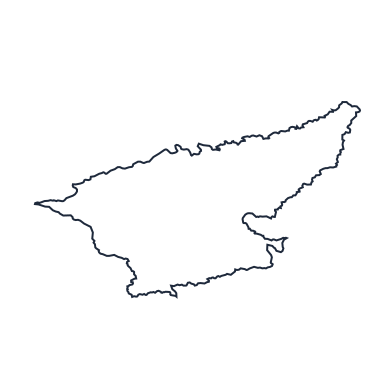 the district of La Mar, Ayacucho, Peru, rotated 279°
{"feature_id": "86281439B39408402026891", "entity_name": "La Mar", "entity_type": "district", "adm_level": 2, "iso_a3": "PER", "parent_name": "Peru", "parent_adm1": "Ayacucho", "projection": "equal_earth", "projection_center": [-73.706, -13.004], "detail": "fine", "context": "isolated", "style": "outline", "palette": "slate", "viewbox_px": 384, "rotation_deg": 279, "n_neighbors": 0, "source": "geoboundaries", "source_scale": "gbopen_adm2", "svg_char_len": 6043}
<svg xmlns="http://www.w3.org/2000/svg" viewBox="0 0 384 384"><g transform="rotate(279 192 192)"><path d="M304.4,326.5L302.9,326.0L300.6,323.8L298.6,324.0L297.3,323.1L295.2,321.1L294.8,319.2L295.0,317.8L293.9,318.8L293.3,318.8L292.8,315.3L289.9,313.9L288.0,311.1L287.1,311.7L286.4,311.5L285.7,305.8L283.8,305.7L282.6,304.8L282.1,304.0L282.7,303.0L282.3,301.8L281.7,300.9L280.3,300.2L280.7,297.9L280.5,296.4L279.7,295.5L278.1,294.9L276.2,290.9L275.1,290.7L273.4,291.9L272.8,289.7L271.6,288.7L271.6,287.4L273.4,285.4L272.0,285.1L271.4,285.7L270.6,285.1L270.6,284.2L271.7,284.0L272.0,283.3L272.1,281.2L271.6,279.7L270.4,278.3L267.7,278.1L267.6,276.8L266.4,274.6L266.2,270.5L265.0,268.9L264.0,268.9L263.4,268.1L263.9,265.7L263.5,263.9L262.9,262.9L259.1,258.9L258.2,258.8L257.3,259.8L256.9,259.5L256.5,256.5L255.6,254.2L258.0,252.5L258.6,249.7L256.9,247.1L257.4,243.6L256.9,242.1L255.4,240.4L255.7,238.1L254.5,234.8L253.6,233.3L252.9,233.1L251.9,235.7L250.8,236.2L249.9,232.6L246.0,230.2L246.0,229.6L246.9,229.1L247.5,227.8L247.6,225.5L248.7,224.8L248.1,223.6L246.5,223.2L245.9,221.1L245.8,219.7L247.2,218.0L247.4,216.9L247.0,216.4L246.0,216.9L244.3,216.8L243.3,214.5L243.5,212.7L242.7,212.2L240.4,209.0L239.6,209.5L239.2,212.3L238.3,212.8L237.5,212.6L237.7,208.8L236.9,206.1L237.5,204.9L239.1,204.3L240.3,202.0L240.0,195.9L240.8,191.2L238.1,190.5L235.2,194.2L234.0,194.5L233.0,193.4L231.0,193.2L230.3,192.4L229.9,190.7L230.0,188.0L227.9,186.1L228.3,185.3L230.8,184.0L233.2,181.8L233.5,180.1L232.6,177.3L232.7,175.2L233.0,174.5L234.9,173.6L236.1,170.9L236.1,169.3L235.2,168.3L234.1,168.6L232.4,169.3L230.3,171.2L229.0,170.4L228.0,168.8L227.1,166.4L227.1,164.7L229.7,160.9L230.0,159.6L229.4,158.3L224.8,153.5L220.5,148.4L215.4,145.1L214.8,142.9L213.1,140.0L213.2,138.7L213.9,136.2L213.5,133.9L210.2,129.6L208.3,129.4L207.4,128.7L206.6,125.9L204.6,122.1L204.5,119.6L205.3,116.8L204.9,114.7L202.5,112.2L200.3,108.2L196.7,104.8L196.5,103.8L197.4,102.4L197.6,101.3L196.6,100.0L195.5,97.5L192.3,93.2L191.2,89.7L188.6,89.7L187.6,88.1L187.4,84.6L186.7,83.8L185.0,83.5L184.1,82.6L182.8,80.2L181.3,76.0L181.0,73.2L179.6,73.2L178.3,74.0L177.7,76.5L176.5,78.0L174.6,78.3L173.4,77.9L171.4,76.8L169.7,74.9L166.3,68.9L163.9,67.4L162.9,66.3L162.6,65.2L162.7,60.9L161.8,59.5L162.2,56.8L161.7,56.1L161.8,53.5L160.8,51.3L160.0,47.8L157.5,43.4L157.5,40.9L156.5,38.9L155.5,38.8L155.7,42.3L154.6,49.2L155.0,53.2L152.2,57.4L151.4,60.4L151.2,63.4L150.0,64.9L148.6,68.5L150.0,75.9L148.5,78.0L147.1,78.4L146.3,79.6L146.1,81.5L146.7,83.8L146.2,86.2L143.9,90.4L141.7,97.3L136.5,100.4L130.3,100.8L128.4,103.3L126.6,102.7L125.2,104.3L122.1,105.2L121.3,106.3L120.0,109.2L119.2,109.0L117.8,109.7L116.8,111.2L116.6,113.7L115.6,117.7L115.9,120.0L117.7,125.0L116.3,129.3L116.0,132.8L115.1,135.4L115.9,136.9L115.7,138.8L113.9,140.3L112.7,138.8L111.2,138.8L110.7,139.7L109.4,140.0L108.8,140.7L107.2,143.2L104.5,145.0L104.5,146.5L104.0,147.3L101.6,147.7L100.3,149.5L97.8,150.4L97.4,148.8L95.1,145.7L93.6,146.0L93.6,147.6L92.4,148.0L91.4,147.6L90.2,144.7L89.4,144.3L88.7,142.9L87.7,143.4L86.7,143.1L85.9,143.8L85.3,143.3L84.0,143.8L83.1,144.9L81.9,145.4L81.1,148.4L79.0,149.3L80.0,151.1L79.9,153.2L80.3,154.3L82.2,155.1L83.0,156.4L82.8,159.2L83.8,160.7L83.1,162.2L83.3,163.2L85.1,164.3L86.5,166.9L86.5,168.2L87.2,169.6L86.7,171.3L88.7,173.1L89.2,174.5L88.5,176.9L87.8,177.4L87.8,178.4L88.6,179.3L88.7,180.3L89.3,181.4L89.7,185.1L89.6,185.9L88.8,186.5L87.4,186.6L86.9,187.2L86.8,192.0L86.2,193.0L89.6,192.3L91.1,190.9L92.9,187.8L96.2,186.0L96.2,188.9L98.3,192.2L98.0,194.3L98.9,196.5L98.2,198.2L98.6,200.7L98.9,201.2L101.7,202.1L102.3,203.9L101.4,205.6L101.1,208.3L100.0,209.4L100.8,211.2L102.8,212.3L103.4,214.7L103.6,218.7L105.2,220.8L106.0,222.7L107.1,222.6L108.4,220.8L109.6,222.5L109.7,224.4L110.4,224.9L110.9,226.1L110.3,227.4L110.5,228.8L112.4,230.0L113.1,231.1L112.6,232.8L113.7,234.1L115.5,238.2L116.6,239.4L116.3,243.3L120.2,246.9L122.3,246.8L122.0,248.5L122.3,249.7L122.8,250.8L124.2,252.0L124.1,256.2L123.5,257.9L123.8,258.9L125.5,260.9L127.8,265.0L127.4,268.9L128.0,271.0L127.6,273.3L128.2,275.6L128.1,277.0L129.4,278.6L130.2,280.8L131.5,282.6L133.3,283.0L134.3,281.0L134.8,280.8L140.0,281.1L142.1,280.0L146.3,275.3L151.7,274.7L151.3,279.8L149.8,281.7L149.5,282.7L147.1,284.6L146.5,289.2L147.9,290.6L150.6,291.1L151.9,290.2L155.8,289.2L159.3,290.3L161.3,292.8L161.5,291.9L161.0,290.9L161.0,289.2L159.7,287.6L157.4,283.0L158.0,280.2L157.6,279.0L156.6,278.2L157.5,274.0L157.2,271.3L158.8,269.7L159.9,269.3L159.7,268.3L160.5,266.6L161.0,262.6L160.8,260.5L161.2,260.1L162.5,260.7L162.9,260.3L163.3,258.5L163.1,256.5L164.8,254.8L164.5,253.7L166.2,253.1L169.2,250.8L169.7,249.8L169.4,247.9L169.7,247.4L173.1,246.2L174.3,246.3L178.0,248.2L179.5,250.0L180.0,251.6L180.2,255.0L177.4,259.3L178.0,260.8L177.7,261.6L178.6,262.9L178.7,265.6L179.6,269.4L178.2,274.2L179.5,274.4L180.5,275.2L180.2,276.8L180.3,277.7L185.4,278.1L186.5,276.9L187.5,276.8L188.2,279.5L188.9,279.5L190.2,280.6L190.1,282.2L191.6,281.6L192.7,283.0L193.4,283.1L195.8,282.1L196.4,283.6L196.4,284.6L197.2,285.8L198.5,285.8L201.0,287.8L202.2,290.0L202.5,291.4L204.5,292.6L204.9,294.7L207.3,295.7L208.3,295.5L209.1,298.2L209.7,298.2L210.7,297.0L211.3,297.0L212.3,297.9L214.0,300.7L215.5,300.0L217.4,300.6L217.8,301.5L217.3,304.5L218.0,308.3L220.3,308.5L221.3,309.5L223.0,308.6L224.7,308.8L225.7,311.0L227.9,311.9L228.6,315.1L229.9,316.4L232.4,314.9L233.4,315.2L235.5,318.1L236.5,320.3L236.8,322.1L238.0,324.5L238.3,327.6L239.7,330.5L240.4,330.3L241.4,331.0L242.5,329.8L244.4,331.4L247.1,329.9L249.0,330.5L250.5,330.1L251.8,331.1L252.2,332.6L253.6,332.4L254.7,332.8L255.6,331.9L256.6,332.0L258.2,334.9L262.2,333.3L264.9,333.3L266.6,334.1L267.3,332.3L271.9,331.6L273.0,333.6L275.2,334.6L274.9,337.0L275.5,338.6L278.1,338.6L279.1,337.8L279.9,335.7L280.4,335.4L281.9,336.0L282.7,337.2L285.0,338.5L287.5,338.1L292.7,342.3L296.3,341.5L296.7,343.2L297.6,344.8L298.7,345.2L299.8,344.7L302.3,341.4L302.2,338.8L301.5,336.7L302.7,335.1L303.5,332.7L305.0,330.7L304.4,326.5Z" fill="none" stroke="#1e293b" stroke-width="2"/></g></svg>